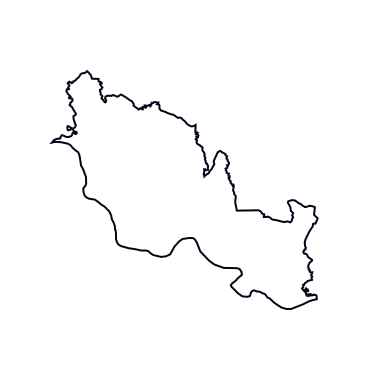 the district of Ambalema, Tolima, Colombia, rotated 107°
{"feature_id": "7082276B77811687937909", "entity_name": "Ambalema", "entity_type": "district", "adm_level": 2, "iso_a3": "COL", "parent_name": "Colombia", "parent_adm1": "Tolima", "projection": "natural_earth1", "projection_center": [-74.819, 4.832], "detail": "fine", "context": "isolated", "style": "outline", "palette": "ink", "viewbox_px": 384, "rotation_deg": 107, "n_neighbors": 0, "source": "geoboundaries", "source_scale": "gbopen_adm2", "svg_char_len": 6035}
<svg xmlns="http://www.w3.org/2000/svg" viewBox="0 0 384 384"><g transform="rotate(107 192 192)"><path d="M258.1,41.3L256.1,42.0L254.6,42.8L254.3,43.5L254.6,44.8L254.5,45.6L255.3,46.0L255.6,46.6L255.1,47.8L255.1,48.7L255.5,48.8L255.9,48.0L256.2,48.0L256.8,49.3L256.7,49.6L255.7,49.7L255.5,50.2L256.4,50.4L256.9,51.2L257.6,51.0L257.5,52.1L256.8,52.2L256.4,53.1L255.3,52.9L254.5,54.8L254.1,55.1L252.6,52.0L251.3,53.0L251.4,53.8L250.8,54.7L251.9,55.0L252.1,54.2L252.6,53.9L253.8,55.9L253.6,56.3L253.0,56.1L252.9,57.4L252.0,58.6L251.0,58.1L248.9,57.8L248.5,57.9L248.2,58.5L247.2,57.5L246.0,57.3L244.6,55.9L243.4,55.5L240.9,51.5L238.9,52.7L237.7,52.2L237.0,53.6L236.5,53.9L234.6,53.3L233.6,53.5L234.1,54.4L233.9,56.0L232.9,56.2L232.8,56.8L231.9,56.9L231.5,58.1L230.7,58.1L229.3,59.3L225.6,59.0L222.5,57.1L221.9,57.3L220.8,60.1L220.3,62.0L218.2,63.8L217.8,65.1L218.1,66.0L218.0,67.0L216.6,68.1L215.1,67.5L214.4,67.7L213.7,66.7L212.9,66.9L212.3,66.7L210.5,68.1L208.1,69.2L207.6,69.1L206.8,69.6L203.3,69.5L195.4,68.2L189.4,66.5L187.2,66.9L186.6,66.3L186.2,64.7L181.0,64.1L180.1,64.5L178.6,67.9L177.9,68.7L170.6,70.0L170.4,72.2L170.7,75.3L173.2,79.0L173.4,79.7L172.8,81.3L172.7,82.4L171.8,84.2L171.5,86.8L170.2,90.4L170.0,91.6L170.6,94.1L172.7,97.2L174.1,97.2L177.7,93.6L181.3,91.8L182.5,89.2L183.7,89.1L185.1,89.5L186.1,88.3L186.8,87.9L187.8,88.3L190.6,88.2L192.3,89.1L192.2,92.1L193.9,95.2L194.3,104.1L194.8,106.3L194.6,107.9L193.8,109.6L193.3,111.9L193.5,112.6L194.1,113.1L194.1,114.0L194.9,116.0L192.2,116.4L192.5,117.5L191.8,119.0L190.5,120.6L190.0,122.9L196.7,143.7L189.2,147.7L183.5,148.8L182.9,149.2L181.7,151.0L180.3,151.5L178.4,153.2L173.5,153.9L173.2,154.4L174.3,154.3L174.4,154.7L173.4,155.6L171.8,157.9L170.5,158.0L169.4,160.0L168.3,160.3L167.9,161.1L166.9,160.4L166.5,161.1L165.9,160.8L165.7,161.7L165.0,162.3L163.7,162.0L163.6,164.4L162.0,165.0L161.4,166.0L160.5,166.0L159.8,166.7L158.8,165.5L158.3,165.4L157.5,165.8L156.7,165.3L156.1,166.3L154.8,165.0L154.0,164.9L153.0,165.4L151.6,167.1L150.6,167.5L150.3,168.3L149.5,169.0L147.6,168.9L146.9,170.8L146.0,171.1L145.4,173.4L145.3,174.9L144.4,176.6L144.7,177.3L146.4,179.0L155.3,180.2L157.0,180.0L158.8,178.8L164.7,180.1L167.6,181.4L168.7,181.3L172.3,184.2L173.4,184.7L172.7,185.0L171.6,186.1L170.7,185.9L170.2,186.2L168.9,186.1L166.7,187.1L166.4,186.0L166.9,184.8L166.1,183.2L164.4,183.9L162.8,184.0L161.9,184.6L161.5,185.5L160.5,185.9L160.3,187.1L159.8,187.6L158.4,187.9L157.1,189.2L155.6,189.1L154.2,190.6L152.8,190.6L151.9,191.5L151.1,191.7L150.1,192.7L149.8,193.5L148.5,194.5L146.4,194.9L145.6,196.4L145.8,196.8L145.6,197.4L144.8,198.4L144.7,200.5L143.4,202.1L141.4,202.3L140.6,203.8L139.6,203.1L138.2,204.0L138.0,203.8L138.3,202.7L138.1,202.3L136.0,202.4L135.6,202.9L135.8,204.8L135.6,205.3L134.9,205.2L133.7,204.0L133.4,204.8L133.9,205.9L133.6,206.4L126.8,208.1L128.5,209.7L129.4,211.6L129.4,212.8L128.5,216.6L126.6,219.1L125.7,221.6L124.3,224.0L124.3,224.7L125.2,227.5L123.5,232.4L123.8,234.4L123.6,239.1L123.2,240.4L123.1,245.6L121.7,247.6L119.5,248.1L118.0,249.1L117.7,250.1L118.3,250.6L118.3,251.2L116.4,250.6L116.7,251.5L116.6,253.0L117.0,253.8L117.0,254.4L118.3,255.3L118.4,256.5L119.2,256.4L119.8,256.9L120.7,256.3L122.2,256.9L121.1,257.7L121.8,259.0L122.6,259.6L123.0,262.2L124.5,260.7L125.0,260.9L125.1,261.2L124.5,262.4L124.8,263.5L125.2,264.2L126.0,264.2L126.7,263.3L127.3,263.2L127.5,264.3L127.0,265.5L127.1,266.1L128.7,267.0L126.5,273.2L125.0,273.4L122.6,276.3L122.4,278.4L121.1,281.8L119.6,287.8L119.7,288.6L122.7,291.1L122.3,295.4L122.5,296.0L123.7,297.2L123.7,298.2L124.3,299.2L124.3,300.0L125.1,301.7L126.3,302.6L127.6,302.6L129.8,300.7L132.3,301.0L131.8,301.2L131.1,302.8L130.1,303.4L129.0,305.8L128.7,306.0L126.6,305.7L125.4,307.9L123.8,308.4L122.6,309.5L121.3,309.9L120.3,308.6L119.2,308.8L118.4,308.2L115.7,311.6L115.1,311.4L114.6,310.1L114.0,310.3L113.5,311.5L113.5,313.7L111.2,314.4L112.9,320.8L109.7,323.0L107.1,327.6L109.6,329.3L110.4,331.4L111.6,332.8L115.2,333.8L118.7,336.0L119.3,335.9L121.0,337.9L121.7,337.7L122.9,338.5L123.1,339.0L122.4,339.9L123.0,341.0L122.5,341.7L122.9,342.1L124.4,342.7L125.9,340.3L126.3,340.3L128.2,341.1L128.7,340.9L129.4,339.7L129.8,339.8L130.4,341.7L132.3,341.7L134.6,339.1L136.2,336.0L136.8,335.8L137.4,337.2L138.2,337.0L138.2,335.9L137.7,334.1L138.4,333.3L139.7,332.9L142.3,334.4L143.5,334.0L144.6,334.5L145.1,333.9L146.1,331.0L147.2,330.4L149.9,327.1L151.5,325.7L152.6,326.0L153.8,327.4L154.5,327.5L157.5,326.2L159.1,324.9L160.8,324.0L161.9,322.6L164.4,322.8L165.5,323.6L166.0,324.4L166.2,325.6L165.3,329.1L165.4,330.2L166.0,330.3L168.3,329.5L169.0,328.9L169.1,328.0L168.6,327.2L167.4,326.2L167.0,324.7L168.4,322.7L168.4,320.0L169.3,319.4L170.3,319.8L170.7,320.7L170.4,321.3L169.4,321.5L169.5,322.6L170.9,323.5L172.6,323.4L173.7,323.8L175.5,325.9L176.1,328.4L175.6,331.8L175.7,333.1L177.4,333.7L179.4,333.7L180.7,336.7L182.5,339.0L185.7,340.4L184.1,337.6L182.7,332.1L182.1,324.8L182.8,321.9L184.7,318.9L186.6,314.7L187.1,312.6L189.2,310.8L191.6,309.4L199.2,305.8L202.0,302.8L208.8,297.7L215.2,295.6L217.4,295.8L219.2,296.7L220.5,297.0L223.8,295.7L226.5,293.9L227.8,292.0L228.5,289.0L227.7,282.8L228.6,279.7L230.7,274.7L231.5,271.4L234.9,265.2L238.1,262.4L241.6,260.6L244.2,258.0L246.9,256.0L250.7,254.4L250.6,254.1L253.2,252.8L259.2,250.9L261.8,249.2L263.1,247.9L263.8,246.7L264.5,244.1L264.3,236.5L263.3,229.7L262.7,222.9L261.4,218.9L261.3,216.6L262.8,213.5L263.6,210.7L263.1,202.5L261.1,198.1L258.0,194.6L249.6,192.9L243.1,189.9L239.6,187.2L236.7,181.0L235.9,178.0L235.9,176.7L236.6,175.3L238.8,172.7L246.4,166.7L252.5,155.9L254.0,152.0L254.8,149.2L255.3,139.4L252.1,128.3L251.7,126.2L251.7,124.0L254.1,121.2L256.7,120.1L260.9,122.9L264.1,124.3L268.0,127.1L270.0,127.5L271.0,126.6L275.3,118.6L276.9,113.9L276.9,112.3L275.9,108.0L274.4,106.1L271.3,106.3L269.2,105.6L267.9,103.8L268.1,101.1L267.6,97.9L268.2,94.8L268.2,92.9L268.7,91.7L270.7,89.3L271.3,86.1L273.7,81.4L274.8,78.0L276.3,72.7L276.2,67.2L274.8,62.9L266.7,52.7L262.6,48.5L259.8,44.5L258.1,41.3Z" fill="none" stroke="#020617" stroke-width="2"/></g></svg>